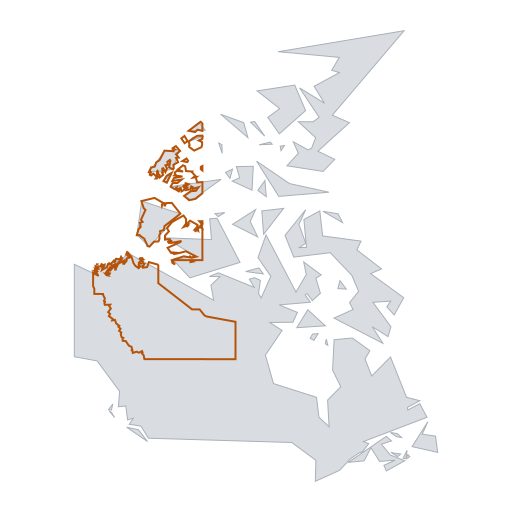 Northwest Territories on a map of Canada (Mercator projection)
{"feature_id": "CAN-635", "entity_name": "Northwest Territories", "entity_type": "Territory", "adm_level": 1, "iso_a3": "CAN", "parent_name": "Canada", "parent_adm1": "", "projection": "mercator", "projection_center": [-123.126, 69.383], "detail": "fine", "context": "in_parent", "style": "outline", "palette": "amber", "viewbox_px": 512, "rotation_deg": 0, "n_neighbors": 0, "source": "natural_earth", "source_scale": "10m", "svg_char_len": 9782}
<svg xmlns="http://www.w3.org/2000/svg" viewBox="0 0 512 512"><path d="M119.6,391.3L97.1,360.9L74.3,356.7L74.3,264.3L98.0,275.5L95.3,270.6L121.7,258.8L108.6,268.9L105.6,273.7L106.5,274.9L128.0,253.1L213.7,300.3L210.9,285.2L220.0,276.6L209.3,276.5L218.3,272.8L254.3,287.4L249.3,279.2L254.5,277.7L260.4,280.4L258.5,293.5L261.2,298.0L270.8,276.3L258.0,257.6L266.0,234.9L296.0,292.1L306.3,274.5L303.7,262.0L321.2,274.9L315.9,278.2L320.4,293.3L312.3,300.6L307.7,294.3L306.4,293.7L305.3,295.0L310.4,302.2L279.2,304.9L297.4,312.4L292.9,322.2L269.8,322.5L282.1,330.4L265.4,355.1L273.5,383.6L316.5,397.3L318.9,417.1L329.1,426.8L327.6,400.1L340.8,386.7L332.6,370.2L334.1,339.7L352.4,338.0L369.9,350.7L365.0,359.0L371.7,376.0L390.5,357.0L406.5,397.3L419.8,400.7L407.5,407.3L407.7,410.0L419.8,403.7L427.0,417.3L363.5,441.5L368.7,443.7L362.5,451.7L358.6,453.1L349.9,459.3L339.6,470.3L315.3,481.3L315.9,460.3L291.8,442.5L148.4,438.2L141.0,426.1L129.2,424.3L133.3,418.2L127.6,420.0L125.8,405.9L118.4,406.8L119.6,391.3ZM299.2,247.6L306.5,247.4L303.9,219.5L319.8,210.9L322.6,235.9L361.0,241.1L356.9,249.9L381.5,268.9L370.6,273.6L403.7,297.7L394.2,315.0L386.8,306.8L390.7,301.1L372.9,302.3L390.9,326.7L388.0,336.6L372.3,326.7L382.9,343.3L334.0,318.1L353.1,309.5L349.5,302.7L358.6,291.3L351.8,275.3L330.3,252.7L293.8,257.1L285.0,235.4L305.7,209.7L298.9,224.3L305.7,243.2L299.2,247.6ZM278.1,51.7L404.1,30.7L332.3,115.2L349.4,122.7L317.9,151.2L334.7,159.4L323.1,171.4L286.9,165.8L298.3,153.3L293.3,141.8L307.9,149.8L311.5,148.4L315.7,137.7L298.3,121.7L312.9,121.8L319.2,117.4L299.6,87.9L324.5,103.3L314.1,86.3L339.4,72.6L331.7,70.3L339.3,57.4L278.1,51.7ZM165.3,237.8L211.5,239.6L209.7,218.8L217.0,218.2L240.0,262.4L189.9,277.8L172.7,259.5L195.7,256.4L165.3,237.8ZM379.6,461.4L370.9,447.7L364.2,460.8L348.3,462.4L386.3,436.4L391.5,440.9L381.4,444.2L390.3,455.0L404.8,460.7L386.4,470.9L383.9,465.3L395.2,460.2L379.6,461.4ZM141.7,201.1L180.1,213.7L149.3,246.5L136.9,235.0L141.7,201.1ZM257.1,90.9L294.7,85.1L305.6,110.6L279.3,133.8L267.8,117.4L279.7,108.6L257.1,90.9ZM256.6,161.2L289.6,183.6L328.9,192.2L278.8,196.4L256.6,161.2ZM171.0,186.5L221.1,179.4L192.0,200.1L184.3,196.1L198.1,187.3L171.0,186.5ZM427.9,421.7L422.2,434.2L435.5,436.1L437.7,452.4L412.1,446.6L427.9,421.7ZM232.6,224.3L255.7,209.5L250.2,221.5L257.7,236.9L232.6,224.3ZM296.8,327.7L307.8,309.8L325.3,325.8L296.8,327.7ZM261.8,210.9L283.6,208.4L263.6,234.3L261.8,210.9ZM179.5,149.9L172.5,169.5L149.1,172.1L164.8,151.0L179.5,149.9ZM253.3,166.3L252.0,190.2L232.2,181.1L239.7,177.8L236.4,166.6L253.3,166.3ZM220.7,114.3L243.7,122.6L247.9,137.6L220.7,114.3ZM126.6,427.2L138.4,429.7L147.5,441.5L126.6,427.2ZM322.9,211.3L338.0,213.8L342.6,222.6L322.9,211.3ZM245.6,271.5L259.0,267.9L263.3,273.9L245.6,271.5ZM264.9,180.6L266.3,196.7L257.8,190.4L264.9,180.6ZM254.6,121.5L264.7,136.1L250.6,122.2L254.6,121.5ZM339.9,280.6L346.3,289.1L337.9,288.6L339.9,280.6ZM192.9,137.4L204.0,136.4L188.8,141.3L192.9,137.4ZM224.8,212.6L218.2,216.6L215.0,213.6L224.8,212.6ZM407.1,450.4L406.0,458.0L407.9,454.6L409.8,456.7L406.3,458.9L403.1,458.2L407.1,450.4ZM198.8,122.5L205.1,130.1L188.8,130.8L198.8,122.5ZM401.6,437.5L396.5,436.7L390.5,432.5L397.3,433.6L401.6,437.5ZM318.1,333.6L314.0,340.3L310.2,338.4L312.5,334.1L318.1,333.6ZM108.4,409.7L112.9,403.9L111.4,410.0L108.4,409.7ZM259.1,144.8L270.3,142.1L272.2,144.2L259.1,144.8ZM232.5,169.1L230.0,178.4L225.5,172.5L232.5,169.1ZM390.9,452.3L393.9,453.1L400.7,454.0L397.5,456.6L390.9,452.3ZM326.3,339.1L327.8,345.3L325.3,343.8L326.3,339.1ZM171.4,172.7L166.0,182.4L163.6,180.9L171.4,172.7ZM284.4,145.5L281.0,150.6L280.2,146.2L284.4,145.5ZM221.9,144.6L222.2,153.3L218.7,143.0L221.9,144.6ZM109.2,410.9L111.6,412.6L114.7,417.6L109.2,410.9Z" fill="#d9dde1" stroke="#a8b0b8" stroke-width="1"/><path d="M93.1,273.0L98.5,275.8L97.0,273.7L97.7,273.8L94.9,272.5L96.9,271.6L95.3,270.8L95.1,269.3L97.4,270.8L95.5,268.5L98.4,268.9L97.9,267.1L98.4,266.3L101.2,266.7L100.8,265.9L101.5,264.5L101.2,263.4L102.7,265.6L104.2,265.5L102.3,268.8L101.9,270.1L107.2,266.9L107.8,264.2L109.3,264.5L110.1,263.9L108.9,264.0L109.2,263.2L110.9,263.9L113.9,260.6L114.8,262.2L116.0,258.8L120.0,259.2L121.1,256.8L122.2,258.6L115.9,265.3L115.4,264.4L111.5,265.6L110.1,269.0L109.7,268.4L109.4,270.1L109.2,268.5L108.3,268.9L107.7,270.4L107.8,272.1L106.9,271.1L105.3,273.7L106.5,275.2L107.7,275.4L105.7,273.7L109.5,274.2L109.8,273.5L108.2,273.6L108.7,272.8L107.9,271.3L109.5,270.2L109.8,269.2L109.5,270.6L110.1,269.2L110.6,270.1L112.7,267.3L111.8,266.9L113.8,266.8L113.5,268.0L114.6,266.0L114.2,268.2L114.9,267.3L114.6,265.1L115.0,267.6L115.1,264.7L115.1,268.1L115.8,265.6L115.4,268.0L116.0,267.4L115.5,269.5L115.9,270.3L115.8,268.7L118.2,263.8L124.3,260.4L124.2,262.0L123.2,262.1L123.2,263.7L124.1,263.9L126.7,260.6L126.6,258.5L130.0,257.4L127.3,255.5L128.0,252.8L131.6,257.0L133.4,262.9L135.3,265.8L138.6,268.2L140.0,266.6L137.8,267.0L139.9,266.2L138.6,264.8L138.9,263.8L141.1,263.5L139.2,262.4L141.9,260.3L139.6,260.1L142.8,259.5L141.4,258.7L142.3,258.2L143.0,259.2L142.3,260.5L142.9,261.8L142.4,263.3L144.4,263.9L142.4,267.2L142.8,267.7L147.1,267.1L148.9,262.1L157.7,264.6L158.3,265.4L158.3,283.2L192.1,309.4L199.6,309.4L204.4,315.3L206.7,316.5L235.5,321.8L235.5,359.2L144.4,359.1L143.7,355.4L142.0,353.5L142.6,352.6L142.1,351.1L138.9,352.7L136.7,351.7L132.8,352.9L132.4,350.3L131.7,350.2L132.1,349.2L131.5,346.8L128.8,345.6L125.8,341.1L122.7,340.8L122.6,338.4L123.2,337.9L121.6,337.1L120.7,334.4L121.3,332.5L119.1,330.8L120.5,328.8L118.4,326.7L119.3,325.8L116.2,323.5L115.0,319.9L112.2,320.4L112.8,319.0L108.9,316.1L110.1,314.0L108.2,312.1L110.8,308.5L109.1,305.9L110.1,304.7L104.8,304.8L104.4,303.6L105.0,301.7L104.0,301.2L104.9,298.5L102.8,294.4L103.9,294.0L94.3,293.9L94.3,288.6L93.1,286.2L93.1,273.0ZM175.0,264.5L172.4,262.9L171.7,260.2L183.8,256.3L191.7,257.7L196.4,256.6L185.9,251.3L179.4,253.0L170.6,252.3L167.6,247.8L178.7,242.8L176.8,242.0L180.0,241.9L181.5,241.0L171.9,242.8L171.1,241.2L171.2,242.9L168.7,242.9L168.1,241.7L170.7,240.5L169.5,239.7L170.6,239.1L165.0,239.6L165.0,235.6L168.9,231.4L167.0,228.2L172.0,222.1L183.5,215.5L186.1,219.0L186.0,223.6L183.6,227.0L187.9,225.1L187.0,226.3L187.3,226.4L188.2,225.4L187.5,224.1L188.4,222.2L190.0,220.7L197.4,224.8L197.1,227.0L194.6,229.7L195.6,229.8L195.2,231.9L197.1,228.3L196.7,229.9L198.2,230.9L197.9,229.2L199.5,226.8L202.4,228.5L202.4,260.1L192.1,260.1L191.4,261.3L192.5,261.7L190.5,262.1L190.4,260.1L173.0,260.1L172.9,261.5L175.0,264.5ZM180.4,213.7L164.5,226.1L163.8,230.0L160.0,231.2L160.4,233.0L159.3,235.2L159.5,238.8L158.5,241.4L154.0,241.7L149.5,246.6L147.6,246.1L144.3,238.7L139.4,235.3L140.6,235.1L136.8,235.2L138.6,229.1L140.6,227.0L140.0,226.1L140.6,225.1L139.9,222.8L142.6,221.9L141.0,219.7L145.5,209.9L143.7,208.2L141.4,201.1L154.5,197.9L163.1,202.9L161.8,204.8L162.0,205.9L163.2,203.0L164.6,203.2L164.9,205.0L164.4,206.5L166.3,203.1L171.8,202.9L180.4,213.7ZM202.4,193.3L195.6,198.8L189.1,200.2L184.1,195.9L190.8,191.2L195.9,190.8L198.6,187.2L192.7,189.0L192.2,188.5L192.8,187.3L191.3,186.4L190.6,189.2L186.3,190.0L187.3,187.9L186.1,188.0L186.7,185.7L186.8,185.4L187.5,185.0L188.7,184.2L185.6,183.2L185.1,187.3L183.8,185.8L183.3,186.4L184.6,188.0L184.1,189.8L181.5,191.4L180.7,188.0L179.0,188.5L179.5,190.3L178.8,191.4L176.6,190.0L177.4,188.9L176.2,189.1L176.6,187.5L174.4,189.0L170.6,186.7L172.6,183.1L177.4,183.0L181.7,179.5L172.4,181.0L174.0,178.0L182.5,176.5L174.6,175.5L175.7,174.8L174.7,173.7L175.0,172.3L176.9,170.9L183.1,171.6L177.9,169.5L183.0,165.3L185.2,166.4L186.0,171.1L192.4,171.5L192.0,172.3L195.3,175.8L193.2,177.6L196.4,177.1L195.8,177.6L197.2,182.4L202.4,182.1L202.4,193.3ZM165.4,172.1L163.2,168.2L162.2,168.6L162.9,172.3L161.9,172.4L163.2,174.8L159.5,177.7L159.1,177.0L159.5,174.9L158.3,174.3L158.3,171.9L157.5,170.9L156.9,172.0L157.1,175.1L155.7,175.9L153.4,173.6L151.1,175.5L149.8,174.8L150.8,172.6L149.9,172.4L150.8,171.9L150.3,171.4L148.5,172.9L151.1,167.4L154.8,166.6L156.2,162.4L159.6,160.1L164.5,150.6L173.3,151.2L172.7,150.2L174.9,149.4L172.8,148.1L175.9,146.1L180.1,151.0L176.0,154.2L178.7,157.6L176.1,157.9L178.1,162.2L173.4,164.8L173.8,168.2L172.9,169.4L169.1,167.3L170.4,160.7L169.9,159.9L167.3,161.8L168.1,164.7L165.4,165.3L167.0,168.4L165.4,172.1ZM202.4,138.9L198.7,140.5L202.0,142.0L202.2,144.5L201.4,147.2L194.2,150.6L189.3,147.0L189.0,145.7L189.6,145.0L188.7,141.4L197.1,135.8L202.4,135.6L202.4,138.9ZM202.4,130.9L197.6,129.7L195.1,132.1L188.6,130.8L200.6,121.8L202.4,123.5L202.4,130.9ZM171.6,172.9L166.8,182.7L163.5,181.1L166.8,175.7L171.6,172.9ZM184.5,136.0L187.6,141.2L184.6,143.2L181.3,138.4L184.5,136.0ZM182.4,161.1L186.5,158.5L188.1,160.8L187.2,162.1L182.4,161.1ZM202.4,224.4L201.3,224.6L201.7,223.9L199.3,221.2L202.4,221.2L202.4,224.4ZM202.4,170.5L200.8,169.2L200.8,166.9L202.4,166.0L202.4,170.5ZM155.7,178.5L157.5,175.8L157.0,178.4L155.7,178.5ZM202.2,224.9L202.0,225.7L201.2,225.5L202.2,224.9ZM192.8,255.8L195.5,256.3L193.7,256.5L192.8,255.8ZM127.0,252.2L127.7,252.6L126.6,253.4L127.0,252.2ZM172.5,252.8L174.0,253.4L172.2,253.1L172.5,252.8ZM94.0,270.7L94.7,270.4L94.9,270.9L94.0,270.7ZM96.7,267.4L97.6,267.3L97.9,267.9L97.8,268.3L96.7,267.4ZM97.1,265.1L97.0,264.3L97.4,264.3L97.1,265.1ZM175.8,253.5L177.1,253.5L175.6,253.7L175.8,253.5ZM202.0,227.1L202.2,227.8L201.3,227.1L202.0,227.1ZM95.6,266.1L96.6,266.7L95.6,266.3L95.6,266.1ZM103.9,265.0L103.1,265.1L104.0,264.8L103.9,265.0ZM189.2,256.5L189.8,256.3L190.2,256.6L189.2,256.5ZM174.4,253.4L175.1,253.1L175.5,253.4L174.4,253.4ZM178.0,253.1L178.4,253.1L177.3,253.4L178.0,253.1ZM174.3,253.9L175.3,254.4L174.2,253.9L174.3,253.9ZM140.6,258.1L140.1,258.6L139.9,258.6L140.1,258.1L140.6,258.1ZM200.2,226.5L200.5,226.9L200.0,226.5L200.2,226.5ZM200.9,225.8L201.3,225.9L200.7,226.0L200.9,225.8ZM200.5,226.2L201.0,226.4L200.4,226.3L200.5,226.2Z" fill="none" stroke="#b45309" stroke-width="2"/></svg>